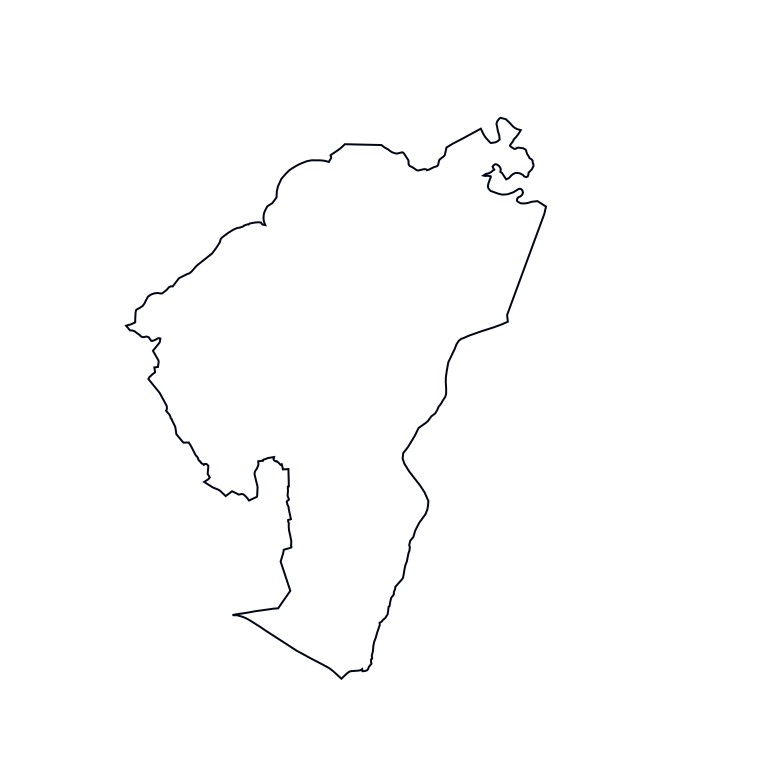 2e Arrondissement, Analamanga, Madagascar, rotated 327°
{"feature_id": "10022922B64856352127888", "entity_name": "2e Arrondissement", "entity_type": "district", "adm_level": 2, "iso_a3": "MDG", "parent_name": "Madagascar", "parent_adm1": "Analamanga", "projection": "mercator", "projection_center": [47.548, -18.933], "detail": "fine", "context": "isolated", "style": "outline", "palette": "ink", "viewbox_px": 768, "rotation_deg": 327, "n_neighbors": 0, "source": "geoboundaries", "source_scale": "gbopen_adm2", "svg_char_len": 6166}
<svg xmlns="http://www.w3.org/2000/svg" viewBox="0 0 768 768"><g transform="rotate(327 384 384)"><path d="M195.4,249.7L191.0,250.5L189.1,251.5L191.0,269.3L190.0,282.1L189.8,284.2L188.6,286.3L187.5,287.3L186.7,287.7L187.1,291.1L187.4,292.7L187.1,295.0L186.5,296.6L186.8,298.2L186.5,298.7L185.6,306.3L182.5,313.1L183.8,323.9L188.4,326.7L188.3,331.2L187.3,340.9L187.4,342.2L187.7,342.9L187.6,344.1L187.7,345.0L187.3,345.6L187.1,346.7L187.4,348.5L187.7,348.8L187.6,349.3L187.8,350.1L187.6,350.3L187.8,351.4L188.6,352.4L188.8,353.7L190.3,353.5L191.5,354.5L191.9,355.4L192.1,357.0L187.2,363.3L187.0,367.5L184.7,368.2L179.8,368.2L184.1,377.5L187.5,382.4L188.3,384.0L190.2,391.8L198.2,391.2L202.0,397.7L204.7,398.7L206.0,400.0L206.6,402.0L207.2,405.2L207.3,408.2L215.4,409.3L216.1,409.2L216.8,408.6L222.0,401.3L226.1,389.6L227.2,387.9L228.2,387.1L229.3,386.5L231.2,385.8L233.9,384.0L234.8,383.1L235.9,381.3L236.4,380.3L237.1,380.6L240.7,382.5L241.0,382.3L241.1,381.8L241.5,381.7L244.5,382.6L245.9,382.7L252.1,385.4L251.4,386.1L250.6,386.5L250.2,387.6L250.4,388.7L251.2,390.1L252.0,390.2L252.1,391.2L252.5,391.8L252.9,393.5L253.2,395.5L254.5,395.6L254.0,397.3L252.7,400.6L257.5,403.3L248.4,418.1L247.5,417.7L246.4,419.3L245.3,421.3L242.4,425.0L242.1,425.8L241.6,428.6L241.0,429.3L239.1,429.4L238.3,429.8L237.9,431.0L237.3,432.5L237.1,434.8L236.1,436.8L232.3,446.7L229.6,445.8L228.7,447.2L228.4,448.8L226.5,451.6L224.7,454.9L222.5,460.8L221.3,463.6L221.0,464.7L218.9,467.9L217.9,468.7L217.9,469.7L217.3,470.6L214.8,470.0L209.7,468.4L207.4,470.9L200.6,476.6L192.8,506.4L173.0,514.5L169.5,512.5L151.9,504.3L142.6,500.4L134.1,496.4L131.0,495.3L135.0,498.1L138.3,501.9L140.4,504.8L142.3,508.2L148.0,520.5L149.9,525.2L165.5,560.1L172.9,573.8L178.8,584.2L183.3,592.4L185.0,597.3L187.8,608.0L194.8,606.6L197.2,606.4L198.9,606.5L200.4,607.1L205.8,610.1L207.7,611.0L208.9,611.3L210.4,611.2L209.5,613.1L211.3,614.2L214.1,614.9L215.5,614.3L217.4,612.9L221.1,611.8L221.8,609.9L223.2,607.9L224.5,607.9L225.8,605.2L229.4,601.8L232.3,598.0L235.2,595.0L238.4,592.7L242.6,589.0L249.2,583.8L250.2,581.9L252.4,582.0L254.6,581.3L257.7,580.9L261.6,579.1L263.0,577.6L266.5,573.4L267.6,573.4L270.4,570.3L273.6,567.2L276.7,566.2L277.9,565.6L278.8,564.0L281.9,561.8L283.0,560.3L292.4,557.7L293.9,557.2L295.8,555.5L300.8,550.0L303.5,547.4L306.7,545.1L312.3,539.3L314.6,537.6L316.8,534.9L317.5,532.7L320.6,529.8L325.3,528.3L330.3,524.0L337.9,519.6L347.9,515.8L352.2,512.7L355.0,509.5L357.5,506.3L359.0,497.0L359.0,489.0L357.5,471.1L357.7,462.0L359.0,456.7L362.5,452.4L366.5,451.1L370.3,449.7L381.8,444.1L389.1,439.7L397.8,439.4L400.7,439.0L406.1,436.9L410.8,436.6L414.5,434.8L417.4,432.8L419.1,432.3L421.5,431.4L424.3,429.9L428.3,428.2L430.8,426.0L433.7,421.6L436.5,416.6L439.5,412.1L444.2,406.7L449.8,400.8L462.7,392.9L466.2,390.3L470.2,388.5L473.5,388.2L475.7,388.8L481.4,389.7L494.3,392.8L507.1,396.3L515.0,398.1L521.8,399.2L524.8,393.2L611.3,328.5L616.5,323.4L612.3,314.2L607.1,311.6L605.1,311.1L602.2,310.1L599.5,308.7L597.0,306.8L595.3,303.6L595.5,302.3L596.6,301.2L598.6,300.5L600.5,301.0L603.0,300.5L604.8,299.2L605.5,297.0L605.1,295.0L603.4,293.8L597.1,293.7L591.3,292.3L589.1,291.2L586.2,289.5L583.3,286.4L578.5,280.0L578.1,276.8L578.9,274.6L581.1,272.4L583.3,270.8L585.0,269.4L586.4,268.6L586.6,267.9L585.5,266.8L584.2,265.7L582.2,264.7L580.9,263.3L584.1,263.3L585.8,264.1L587.6,264.5L589.5,264.6L591.1,264.3L593.2,264.3L593.2,262.4L593.5,260.8L595.0,260.3L597.0,260.2L598.1,261.2L599.2,263.8L599.3,265.8L599.0,267.3L597.1,269.5L597.9,271.2L597.9,278.9L600.2,279.3L601.8,279.2L603.7,278.6L606.3,278.2L609.3,278.6L611.5,280.2L612.8,281.5L614.3,284.2L614.7,286.4L615.7,287.7L617.4,288.3L619.1,287.1L620.4,285.5L624.9,284.5L628.1,282.6L629.0,281.0L629.2,279.5L630.3,277.6L630.1,275.9L629.1,273.9L629.3,271.8L629.3,269.0L630.5,264.7L629.1,262.1L625.4,258.9L624.6,258.7L624.2,258.3L622.7,258.5L621.8,258.2L621.0,257.2L619.5,253.7L619.4,253.1L619.6,252.6L620.5,252.1L623.9,250.9L625.4,250.1L625.6,249.8L627.5,249.1L628.4,249.1L633.0,247.5L637.0,245.6L634.7,243.0L633.5,241.1L632.6,238.8L631.6,233.3L630.4,228.3L626.8,224.3L625.5,224.2L623.7,224.7L621.7,225.6L619.9,227.2L618.9,230.1L617.7,232.8L616.7,235.7L616.1,238.1L614.1,242.0L611.1,242.3L608.8,241.9L604.9,240.1L604.4,238.6L603.6,233.9L603.4,231.7L603.5,228.2L604.3,222.6L583.6,221.0L572.5,219.9L565.2,219.7L559.8,225.0L558.4,225.6L553.0,226.0L551.5,226.9L548.7,229.8L547.7,230.1L547.0,230.2L544.0,229.3L538.5,228.7L536.5,228.1L536.5,227.5L535.9,226.5L535.0,225.9L534.1,225.4L529.4,223.8L528.2,222.9L527.8,222.3L525.8,217.4L524.4,215.4L524.2,213.7L524.8,212.2L525.5,211.2L526.3,209.7L526.3,201.2L525.5,199.6L520.5,197.9L518.6,196.2L516.9,193.9L515.9,191.6L515.3,189.6L513.4,186.2L512.0,182.2L482.1,161.8L481.8,161.6L476.3,162.6L474.0,162.8L463.8,163.0L463.6,163.4L463.2,165.1L462.7,165.7L459.8,167.1L458.8,167.8L455.5,164.2L452.2,161.6L445.2,157.0L440.6,155.1L433.6,153.7L428.5,153.2L423.9,153.1L420.7,153.2L415.4,154.4L409.6,156.1L402.7,160.5L399.0,164.1L395.5,169.0L388.8,171.5L385.8,171.4L383.0,171.5L380.9,172.5L378.1,174.2L376.5,175.4L375.3,176.6L373.1,179.5L371.6,182.8L371.0,186.1L369.0,184.2L368.7,183.1L368.8,181.6L366.7,179.9L363.1,178.0L360.1,176.8L358.5,176.2L357.3,176.5L356.5,175.8L352.8,174.9L352.5,175.1L352.0,175.1L350.4,174.9L348.0,174.2L346.3,173.4L344.3,172.9L341.5,172.5L335.4,172.4L328.3,172.9L326.1,173.4L323.4,175.8L317.4,178.5L311.0,180.9L292.7,182.6L290.4,183.0L283.8,184.9L281.0,185.2L278.8,184.6L269.7,183.6L259.9,187.1L258.5,186.0L256.3,185.7L254.8,186.2L253.0,186.7L247.5,187.2L246.4,186.8L243.6,184.3L240.5,182.8L237.9,182.2L236.5,182.1L233.6,182.2L229.2,184.6L227.4,185.8L224.1,187.1L220.2,187.1L216.8,186.8L216.5,186.9L214.7,188.6L210.9,193.8L208.9,196.8L203.9,196.1L201.6,195.2L199.4,194.7L199.8,197.1L200.1,200.5L202.2,202.2L203.5,203.8L204.5,206.7L205.8,209.9L205.9,211.0L206.6,212.7L208.2,214.0L210.0,214.5L210.9,215.1L212.1,216.6L212.3,221.0L213.0,221.6L214.3,222.0L217.2,222.5L219.1,222.5L220.4,223.1L221.2,224.1L218.7,226.8L217.5,227.3L208.3,230.3L207.7,241.2L207.3,242.3L206.8,243.0L203.7,246.6L200.4,245.0L198.5,249.4L198.2,249.6L195.4,249.7Z" fill="none" stroke="#020617" stroke-width="2"/></g></svg>